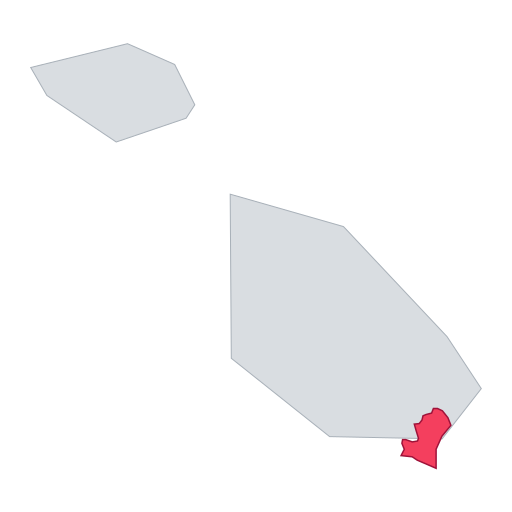 location of Birżebbuġa within Malta
{"feature_id": "MLT-5968", "entity_name": "Birżebbuġa", "entity_type": "state/province", "adm_level": 1, "iso_a3": "MLT", "parent_name": "Malta", "parent_adm1": "", "projection": "equal_earth", "projection_center": [14.516, 35.821], "detail": "fine", "context": "in_parent", "style": "filled", "palette": "rose", "viewbox_px": 512, "rotation_deg": 0, "n_neighbors": 0, "source": "natural_earth", "source_scale": "10m", "svg_char_len": 705}
<svg xmlns="http://www.w3.org/2000/svg" viewBox="0 0 512 512"><path d="M481.3,388.6L442.1,438.9L329.6,436.6L231.3,358.3L230.2,194.2L343.5,226.6L447.1,336.7L481.3,388.6ZM186.1,118.2L116.2,142.0L46.9,95.5L30.7,67.5L127.5,43.7L174.7,64.5L194.8,104.8L186.1,118.2Z" fill="#d9dde1" stroke="#a8b0b8" stroke-width="1"/><path d="M450.9,425.3L441.9,436.2L436.1,449.2L436.1,468.3L417.3,460.2L412.2,456.8L401.1,455.6L402.9,452.0L404.3,449.3L401.9,443.3L402.6,439.6L405.7,439.6L412.3,441.9L417.5,441.0L418.5,438.3L416.1,430.5L414.3,424.1L419.2,423.6L422.0,420.0L423.0,415.8L426.1,414.5L431.6,413.1L433.4,408.5L437.5,408.5L442.4,410.8L447.9,417.7L450.9,425.3Z" fill="#f43f5e" stroke="#9f1239" stroke-width="1.5"/></svg>